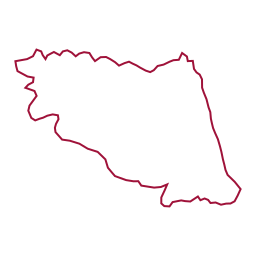 Miraguaí, Rio Grande do Sul, Brazil (Albers equal-area conic projection)
{"feature_id": "56859067B90024458991146", "entity_name": "Miraguaí", "entity_type": "district", "adm_level": 2, "iso_a3": "BRA", "parent_name": "Brazil", "parent_adm1": "Rio Grande do Sul", "projection": "albers", "projection_center": [-53.751, -27.495], "detail": "fine", "context": "isolated", "style": "outline", "palette": "rose", "viewbox_px": 256, "rotation_deg": 0, "n_neighbors": 0, "source": "geoboundaries", "source_scale": "gbopen_adm2", "svg_char_len": 1497}
<svg xmlns="http://www.w3.org/2000/svg" viewBox="0 0 256 256"><path d="M55.5,132.1L62.1,139.6L69.8,140.7L79.4,143.7L87.7,148.7L97.7,151.9L105.4,159.4L107.9,167.7L111.9,172.5L115.0,176.1L126.1,180.1L133.6,181.3L138.3,181.2L141.3,185.6L154.1,187.6L160.9,187.0L167.2,184.4L164.9,189.8L161.3,197.5L161.3,203.4L164.3,206.1L169.5,206.4L172.6,202.1L181.2,200.4L185.0,201.1L190.3,201.5L197.9,196.5L200.4,200.2L204.6,198.5L208.1,199.9L210.5,203.0L215.6,202.5L221.0,204.7L226.2,203.6L230.5,203.5L234.6,201.3L237.7,195.5L240.6,189.1L234.7,181.8L227.6,174.9L225.5,169.9L224.3,164.6L222.9,159.2L221.4,151.9L220.0,146.4L217.9,139.2L215.2,133.2L213.1,128.1L212.0,123.7L210.9,118.7L210.3,112.1L208.6,107.5L206.5,99.2L203.8,92.6L202.1,87.7L202.0,79.3L199.7,74.6L196.5,72.4L194.0,68.9L192.8,60.9L187.8,61.1L186.9,56.5L182.1,53.0L178.8,59.8L173.4,60.2L169.6,61.7L163.6,64.6L157.6,66.0L153.8,70.2L150.2,72.1L145.7,70.6L140.1,67.6L136.5,65.4L132.8,63.7L129.0,61.7L124.6,63.1L119.0,65.6L115.1,62.2L110.2,59.1L106.1,57.0L100.6,57.2L95.0,61.1L92.1,57.4L89.4,53.0L84.0,52.2L79.2,53.6L75.7,56.3L71.7,52.6L67.3,50.3L62.9,51.4L59.8,55.2L53.9,52.0L50.6,53.7L47.3,55.5L45.5,59.1L42.7,55.1L41.2,51.4L36.5,49.6L33.0,56.2L27.1,59.1L15.4,61.2L16.2,66.3L17.5,71.1L27.5,76.5L33.6,77.6L33.0,82.2L28.3,84.7L25.4,87.8L34.5,91.0L36.6,95.9L29.5,105.6L28.3,110.7L31.3,117.9L35.2,120.4L39.7,118.7L43.1,117.7L47.3,115.7L52.7,114.4L57.9,115.3L58.5,119.2L56.0,123.9L54.9,127.8L55.5,132.1Z" fill="none" stroke="#9f1239" stroke-width="2"/></svg>